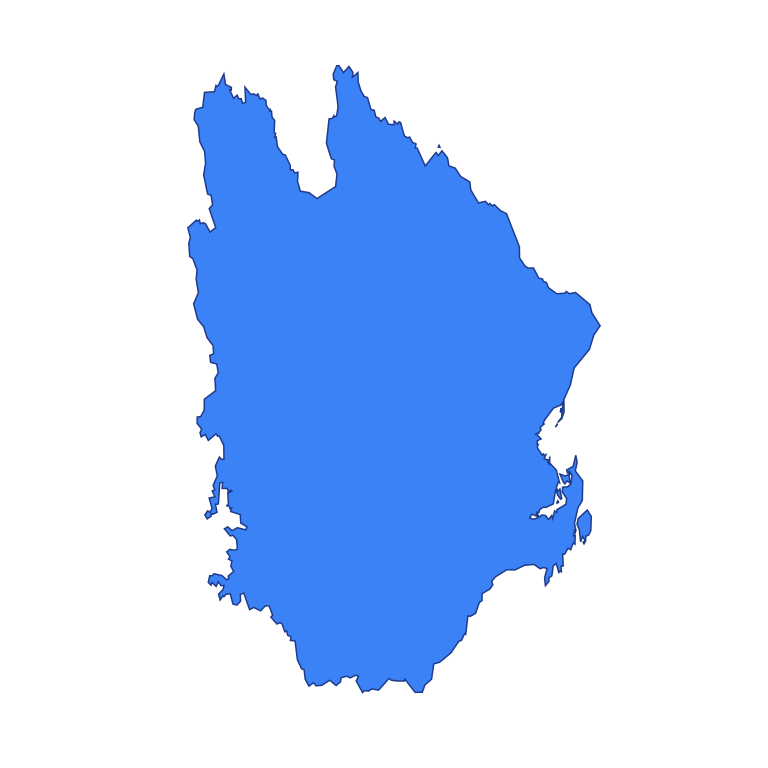 Ennistimon Lea-4, Clare, Ireland (Natural Earth projection), rotated 98°
{"feature_id": "5873133B68826952408481", "entity_name": "Ennistimon Lea-4", "entity_type": "district", "adm_level": 2, "iso_a3": "IRL", "parent_name": "Ireland", "parent_adm1": "Clare", "projection": "natural_earth1", "projection_center": [-9.187, 53.0], "detail": "fine", "context": "isolated", "style": "filled", "palette": "blue", "viewbox_px": 768, "rotation_deg": 98, "n_neighbors": 0, "source": "geoboundaries", "source_scale": "gbopen_adm2", "svg_char_len": 6139}
<svg xmlns="http://www.w3.org/2000/svg" viewBox="0 0 768 768"><g transform="rotate(98 384 384)"><path d="M561.2,196.1L556.6,193.2L553.0,193.8L550.6,191.1L540.6,191.1L537.8,188.5L546.3,184.6L544.6,183.6L545.3,182.2L540.0,183.3L539.2,181.2L527.5,183.4L527.3,181.4L521.0,178.9L522.2,176.1L515.0,174.4L516.0,172.6L507.2,173.6L507.8,175.3L501.8,174.7L501.9,173.7L495.5,176.0L479.5,174.7L471.8,171.4L452.3,173.7L443.4,182.5L434.6,181.8L427.9,184.2L439.2,185.2L443.7,191.2L446.3,190.0L445.0,188.7L446.6,188.9L447.2,187.3L445.9,187.0L448.6,185.1L456.8,185.0L460.2,187.8L461.3,192.7L466.0,192.5L472.0,187.2L477.8,187.1L484.3,195.2L487.2,195.1L486.0,197.4L493.9,198.3L491.0,199.6L495.3,202.3L491.8,205.6L491.7,209.5L494.3,211.8L492.1,213.4L495.4,213.6L497.1,217.2L496.4,221.2L492.3,219.2L493.5,215.0L489.6,214.7L489.9,212.8L486.3,212.1L483.8,209.0L483.7,206.5L479.2,199.7L464.4,199.3L470.0,196.4L473.5,193.1L472.8,192.1L463.5,195.2L466.2,196.9L462.5,198.9L456.9,197.7L457.4,196.4L445.2,201.4L439.2,208.9L432.7,209.8L440.3,209.2L438.0,211.5L436.2,210.6L436.0,215.0L431.4,213.8L432.5,215.4L431.0,216.3L432.4,217.4L426.1,223.0L423.2,223.6L422.1,222.0L423.1,223.6L419.0,224.4L416.5,220.8L412.7,225.6L413.1,227.6L410.7,224.3L411.9,223.3L410.6,224.2L407.6,222.1L405.3,223.4L401.3,219.8L400.4,221.0L397.1,219.8L384.4,212.9L380.1,205.8L376.3,204.3L392.5,203.5L397.9,206.7L393.7,203.2L386.7,201.8L374.1,203.7L359.3,199.4L341.6,197.9L321.1,185.4L306.2,183.0L296.3,178.1L284.5,188.1L276.8,191.1L266.7,207.1L268.8,213.0L267.0,216.4L268.9,217.5L270.6,225.5L265.7,234.6L261.0,237.2L260.3,240.4L257.9,241.7L257.6,245.5L248.3,252.1L249.2,257.6L247.5,260.8L240.3,267.3L229.3,269.0L198.3,286.4L196.2,292.6L191.0,299.8L192.7,301.5L190.5,304.2L192.1,305.4L189.0,308.9L191.5,315.7L179.7,325.1L172.0,327.1L167.8,337.0L160.4,343.4L158.9,350.1L151.2,352.6L145.0,359.0L150.3,362.1L147.5,364.5L148.3,365.3L162.4,373.5L145.8,383.9L146.0,385.8L141.8,385.7L140.9,389.3L135.9,393.0L136.9,394.8L135.5,398.4L122.7,404.0L122.3,405.7L124.8,406.7L122.3,410.5L125.9,410.1L126.2,415.7L120.0,420.0L124.4,424.0L121.4,426.2L120.7,429.2L114.1,431.9L114.3,434.9L102.7,440.2L102.0,443.6L97.2,447.5L88.5,451.6L79.2,453.2L84.6,458.0L79.8,458.1L74.4,462.9L81.2,467.4L75.0,473.0L75.4,475.1L84.2,477.4L89.6,476.1L90.7,472.4L96.6,473.3L115.6,468.1L125.0,468.2L126.4,470.4L125.3,471.0L128.1,472.0L129.1,475.3L153.6,474.5L168.2,467.6L169.0,464.3L175.4,463.7L182.6,459.8L195.2,459.4L209.7,476.2L204.9,484.9L204.7,493.7L195.5,497.8L186.3,498.7L187.5,502.0L184.5,504.0L185.0,506.6L180.5,507.3L171.0,513.6L170.6,516.3L163.9,522.5L154.3,525.2L154.9,526.6L150.9,526.2L150.4,527.8L138.4,528.9L135.3,532.0L129.4,533.4L129.9,535.1L127.8,534.8L127.7,536.7L124.3,539.4L119.5,540.4L117.7,544.3L119.1,546.4L114.3,549.3L116.0,550.5L114.8,553.6L115.9,556.0L109.4,563.0L124.2,560.2L125.8,563.0L120.7,565.5L121.9,565.3L121.5,567.8L118.4,569.6L122.1,572.6L114.3,577.8L114.4,576.2L111.5,576.4L109.5,582.6L99.3,585.7L111.1,589.5L112.7,590.7L111.8,591.9L118.2,592.6L120.2,602.3L135.2,602.0L138.2,608.7L142.3,609.2L148.7,608.8L154.3,603.9L169.9,600.0L178.7,594.0L190.4,591.4L202.1,591.7L220.4,585.1L221.3,581.5L230.4,578.7L234.6,581.5L252.6,572.4L257.7,577.5L250.2,583.0L249.4,585.2L250.7,588.2L247.3,589.6L248.8,591.6L247.9,592.7L256.6,600.0L265.8,596.2L271.9,596.9L284.8,594.1L286.4,590.8L297.1,585.0L306.5,584.6L319.4,580.5L331.0,583.7L345.9,577.6L352.3,570.6L362.9,565.5L369.8,558.6L377.9,556.9L379.9,560.5L385.5,559.1L386.8,558.5L387.4,552.5L395.8,549.7L402.0,552.2L414.0,549.8L424.1,559.8L435.0,558.4L441.8,561.0L442.7,564.4L449.0,563.6L454.0,558.3L457.8,559.4L461.8,557.7L458.9,553.9L464.3,550.1L456.7,543.4L458.8,541.5L458.4,540.0L467.1,534.1L480.8,532.0L481.1,534.6L479.3,536.9L488.8,539.6L498.2,536.3L508.3,539.1L512.4,536.8L513.8,539.2L519.3,535.7L521.2,541.3L531.3,536.9L535.1,538.6L534.2,541.0L538.6,543.2L542.2,540.3L538.9,536.8L536.3,537.1L536.8,535.3L534.3,531.5L526.5,534.2L526.1,531.6L524.5,531.4L504.8,532.9L503.9,530.1L509.9,529.8L509.3,524.7L511.9,523.3L510.5,520.8L511.4,519.6L513.4,523.6L524.0,521.4L526.5,522.7L526.6,520.1L529.1,519.2L528.2,517.6L531.6,518.1L533.3,508.2L541.7,506.5L544.5,499.9L547.7,500.6L546.7,509.2L550.4,514.0L547.2,518.8L549.6,521.9L555.8,515.2L554.9,512.5L558.6,508.3L567.7,506.2L569.4,508.6L569.2,513.7L572.2,516.4L576.4,512.5L579.1,513.6L580.4,510.0L585.8,510.3L590.5,506.8L596.0,511.6L598.4,510.6L599.8,512.3L596.2,517.9L595.6,525.9L597.9,527.5L598.1,529.9L604.9,530.4L607.3,527.3L604.5,526.6L607.8,522.1L603.0,520.5L606.4,517.4L605.8,514.3L609.9,514.8L615.2,518.6L620.7,516.2L616.2,514.1L616.9,512.9L614.2,511.2L613.2,507.0L622.9,503.0L623.4,498.9L619.1,495.8L612.3,497.0L610.6,493.7L626.1,485.7L623.4,481.8L625.8,474.7L620.2,470.6L619.7,466.9L628.5,462.1L630.6,463.6L636.6,456.6L634.9,453.9L635.7,451.6L643.2,447.7L642.2,446.0L646.2,444.4L647.3,440.8L651.0,441.0L650.8,436.3L669.1,431.4L677.5,426.0L677.9,423.4L687.4,420.9L693.6,416.3L689.7,412.2L692.3,409.4L691.1,403.8L684.9,396.4L689.3,389.5L685.1,385.7L680.7,385.5L678.5,379.8L679.8,376.7L676.2,371.4L677.2,368.7L682.0,370.2L692.5,362.3L690.4,360.7L690.3,356.7L687.7,353.6L687.9,346.8L674.8,338.0L676.3,335.7L676.3,329.9L675.3,322.5L673.4,322.2L685.0,310.3L683.9,303.2L676.3,301.6L669.7,295.8L654.2,295.8L651.8,290.2L640.8,280.2L628.3,274.1L627.1,271.6L619.9,269.4L620.5,268.2L601.9,268.7L602.1,266.3L598.4,261.4L587.1,259.2L584.9,256.8L577.9,257.7L572.3,250.6L567.7,248.3L564.4,249.9L559.4,246.8L550.8,236.5L549.9,228.4L544.0,219.7L541.8,210.3L545.2,203.7L543.5,200.5L544.0,196.9L553.6,198.0L561.2,196.1ZM514.4,163.7L511.4,162.5L506.7,162.9L505.0,160.3L500.5,158.8L486.3,160.3L480.5,165.2L490.1,172.9L496.0,173.4L501.0,170.3L512.9,167.4L507.3,166.1L511.1,163.0L512.9,164.8L514.4,163.7ZM457.7,191.0L454.4,189.2L456.2,186.0L448.0,188.1L449.8,192.3L448.7,197.2L456.2,192.7L457.7,191.0ZM385.6,204.7L383.2,205.5L387.7,205.4L385.6,204.7ZM141.9,361.5L140.0,362.7L141.9,363.2L141.9,361.5ZM475.5,195.6L477.5,196.4L478.0,196.1L476.9,194.7L475.5,195.6ZM505.6,174.0L503.5,173.7L502.7,173.9L504.0,174.5L505.6,174.0ZM402.9,208.4L400.2,206.7L399.7,206.9L402.9,208.4Z" fill="#3b82f6" stroke="#1e3a8a" stroke-width="1.5"/></g></svg>